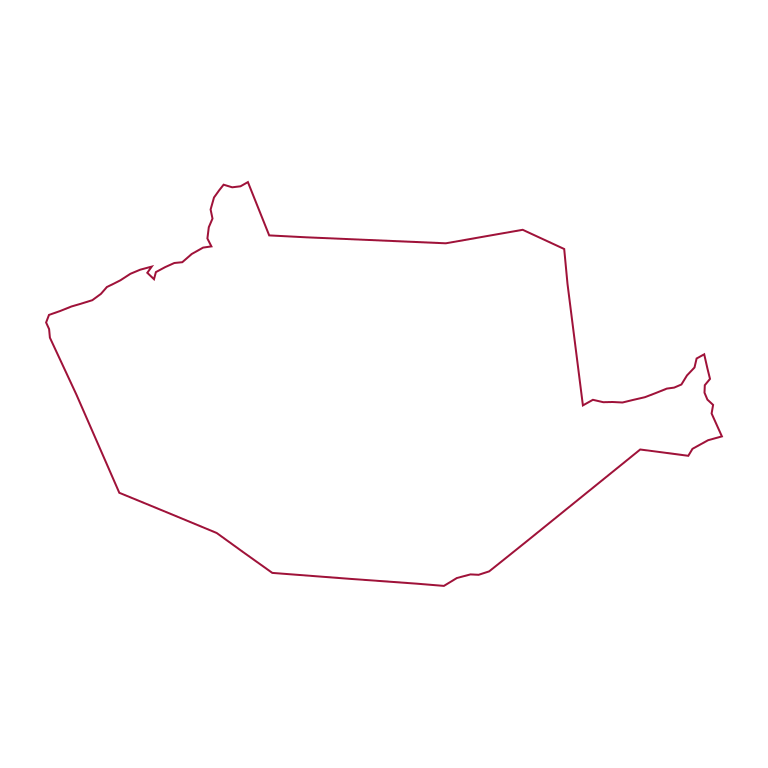 Potengi, Ceará, Brazil
{"feature_id": "56859067B77069723419317", "entity_name": "Potengi", "entity_type": "district", "adm_level": 2, "iso_a3": "BRA", "parent_name": "Brazil", "parent_adm1": "Ceará", "projection": "orthographic", "projection_center": [-40.027, -7.067], "detail": "fine", "context": "isolated", "style": "outline", "palette": "rose", "viewbox_px": 768, "rotation_deg": 0, "n_neighbors": 0, "source": "geoboundaries", "source_scale": "gbopen_adm2", "svg_char_len": 1149}
<svg xmlns="http://www.w3.org/2000/svg" viewBox="0 0 768 768"><path d="M688.3,455.8L692.5,448.8L708.1,440.2L721.9,436.4L711.6,413.5L713.1,404.9L707.4,399.6L704.5,392.7L704.8,385.2L710.0,378.9L707.4,368.4L704.2,354.3L696.6,358.5L694.5,367.5L687.0,375.4L681.4,384.5L674.2,387.6L666.8,388.6L655.6,393.1L644.9,397.2L633.2,399.9L622.5,402.5L612.6,402.0L603.3,402.2L592.9,399.8L582.9,405.4L567.5,283.9L564.2,249.0L522.7,229.8L499.3,233.9L445.8,243.3L306.1,237.3L269.2,235.4L247.9,182.1L240.5,186.3L232.2,187.3L223.6,184.7L219.1,190.4L214.0,197.5L210.6,209.5L212.5,218.6L208.8,227.2L207.4,238.5L211.4,246.4L203.1,247.6L191.7,254.0L182.3,262.2L174.3,263.0L165.2,267.1L155.9,272.1L154.0,279.2L147.3,272.8L151.7,266.6L140.2,269.7L130.4,273.8L120.4,280.3L113.3,283.9L106.9,287.0L100.9,293.9L92.3,300.2L80.0,304.0L71.4,306.5L59.9,311.1L49.0,314.9L46.1,322.5L49.1,329.1L49.9,337.7L76.4,394.6L98.3,444.7L119.3,492.8L160.7,509.8L202.0,526.9L216.7,533.0L242.7,551.8L272.3,572.9L350.6,578.9L417.1,583.7L443.9,585.9L456.9,578.0L470.5,574.4L478.6,574.8L489.1,571.4L501.4,561.6L528.2,540.1L640.2,449.5L688.3,455.8Z" fill="none" stroke="#9f1239" stroke-width="2"/></svg>